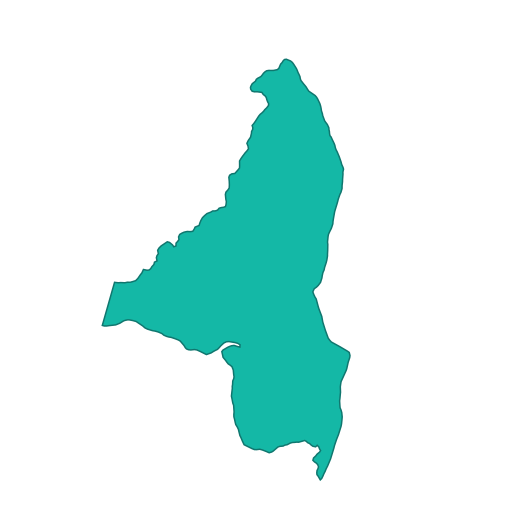 the district of Nova Ipixuna, Pará, Brazil, rotated 196°
{"feature_id": "56859067B5026281924573", "entity_name": "Nova Ipixuna", "entity_type": "district", "adm_level": 2, "iso_a3": "BRA", "parent_name": "Brazil", "parent_adm1": "Pará", "projection": "mercator", "projection_center": [-49.227, -5.013], "detail": "fine", "context": "isolated", "style": "filled", "palette": "teal", "viewbox_px": 512, "rotation_deg": 196, "n_neighbors": 0, "source": "geoboundaries", "source_scale": "gbopen_adm2", "svg_char_len": 4882}
<svg xmlns="http://www.w3.org/2000/svg" viewBox="0 0 512 512"><g transform="rotate(196 256 256)"><path d="M195.8,363.6L196.8,365.2L198.9,367.7L200.2,369.9L203.3,374.3L206.6,378.4L208.4,380.3L209.6,382.0L210.7,384.1L211.9,385.7L215.1,389.3L216.6,391.1L218.1,392.1L219.1,394.1L219.8,396.0L220.7,397.6L221.3,399.3L223.7,402.1L225.7,403.6L227.3,404.9L228.6,406.7L230.6,409.4L231.4,411.1L233.1,413.6L234.2,416.0L235.2,417.9L236.7,420.2L240.1,424.0L241.5,425.3L243.3,426.5L245.6,427.3L250.7,429.0L252.6,430.6L254.4,432.3L256.1,433.5L257.9,434.7L259.5,435.9L261.3,437.2L262.4,438.9L263.2,440.6L264.8,442.5L266.2,444.0L267.6,445.9L268.9,447.4L272.6,450.7L274.4,452.1L276.5,453.0L281.1,453.5L282.8,452.7L283.7,451.1L284.2,449.2L285.2,447.3L285.5,445.0L285.8,442.7L286.9,441.0L290.3,439.2L293.0,438.4L294.9,437.9L296.8,437.0L298.0,435.7L299.2,433.7L299.9,431.7L300.7,429.9L302.0,428.6L303.3,427.4L304.4,425.9L304.7,423.9L307.1,420.6L307.6,418.5L307.8,416.6L307.1,414.9L305.1,413.3L302.7,413.4L300.1,414.2L295.5,414.9L293.6,413.3L291.0,412.2L289.7,411.0L288.8,409.4L287.3,407.4L285.9,406.0L285.5,404.1L286.6,401.3L287.9,399.1L288.6,397.2L289.8,395.1L291.0,393.4L291.9,391.4L293.6,385.7L294.7,382.5L295.7,380.4L294.4,378.4L294.1,376.6L294.6,374.6L294.2,372.8L294.0,368.7L295.3,364.8L295.8,361.8L294.0,359.5L292.8,357.0L293.7,354.5L294.9,352.1L295.7,349.9L296.4,348.2L297.3,345.5L298.0,342.8L296.6,338.1L296.1,336.0L296.8,334.3L299.1,329.5L301.9,328.3L303.6,326.4L303.8,324.2L302.3,320.4L301.2,317.0L300.5,314.0L301.2,311.8L302.5,309.1L302.4,306.7L300.7,302.4L299.5,300.1L299.0,297.3L299.0,295.1L300.6,293.9L302.7,293.0L304.6,291.8L305.6,289.5L307.6,288.1L310.0,287.4L311.7,285.6L314.8,283.3L316.6,280.6L318.0,278.1L318.8,274.8L319.1,271.9L319.1,269.7L320.7,268.4L322.5,267.0L322.8,264.8L323.6,262.3L325.9,261.3L328.9,260.6L331.7,259.1L333.7,257.4L335.3,255.7L335.7,253.0L334.6,250.6L335.4,248.3L336.4,246.3L335.7,243.6L337.6,242.2L339.2,243.6L342.8,245.2L345.2,245.2L350.0,239.5L351.4,237.0L352.1,234.4L350.5,231.3L351.3,228.9L351.3,226.9L349.8,224.0L351.9,222.1L351.8,219.7L353.1,217.1L353.8,214.6L355.0,213.0L356.8,212.3L360.5,212.0L361.0,208.4L362.0,206.0L363.4,201.8L364.9,199.1L367.5,197.4L369.6,196.1L372.5,195.3L374.7,194.1L378.6,193.2L381.0,192.3L384.7,191.7L384.6,146.9L382.6,146.9L380.2,147.6L378.0,148.6L371.9,151.1L368.4,153.8L365.3,157.2L363.8,158.2L361.7,159.3L360.0,159.7L356.4,160.0L353.1,160.0L350.4,159.1L345.7,157.6L343.0,156.3L340.2,155.8L335.1,155.7L332.3,156.0L328.9,156.0L325.0,155.5L322.8,154.5L319.8,154.1L317.5,154.1L315.1,154.4L311.1,154.2L307.5,153.9L305.3,153.3L300.5,150.1L298.7,148.4L297.2,147.5L295.1,147.3L292.8,147.7L289.4,149.1L287.0,149.4L283.5,148.9L276.5,147.6L272.4,150.5L270.8,152.3L269.1,154.0L267.3,155.6L266.3,157.4L265.0,160.1L262.9,163.5L260.8,165.4L258.4,166.3L252.4,167.0L249.5,167.0L246.9,166.3L246.4,164.0L249.1,163.9L252.5,164.0L254.9,162.9L256.3,161.9L258.0,160.5L261.8,156.5L262.5,154.7L259.7,149.5L256.5,147.3L254.9,146.0L252.9,144.6L250.9,144.0L248.6,143.0L246.4,140.1L244.9,136.2L243.8,133.8L243.6,131.9L243.9,129.4L243.1,126.1L242.9,124.1L242.3,122.3L241.0,114.5L239.8,112.3L237.8,108.3L236.3,106.2L234.1,100.1L233.6,97.5L232.9,95.3L231.7,93.3L230.1,90.3L229.0,88.4L227.0,86.6L225.2,84.6L222.0,79.0L220.6,77.5L218.2,74.5L215.4,71.3L206.5,69.7L204.1,69.5L202.2,70.0L199.1,71.3L196.2,71.3L192.1,70.9L189.1,70.5L186.9,71.9L185.7,73.2L182.3,78.4L180.8,79.5L177.5,80.8L176.2,82.1L174.0,83.2L171.4,85.7L169.5,86.8L167.2,87.6L165.6,88.3L163.6,88.8L158.3,92.1L156.6,91.7L154.9,90.8L152.8,90.5L150.9,89.5L148.9,88.8L146.1,89.0L145.0,90.9L142.9,89.7L141.7,88.0L140.3,86.8L140.8,85.1L142.7,82.3L143.4,80.4L145.0,77.7L145.0,75.3L143.0,74.2L141.1,73.6L139.2,72.5L137.8,70.6L137.8,68.7L138.2,66.6L137.8,64.3L137.1,62.6L135.6,61.5L132.5,58.5L131.5,60.2L131.0,63.0L130.7,65.6L130.2,67.9L129.9,70.8L129.3,73.9L128.4,81.5L128.2,92.6L128.3,95.5L128.0,102.0L127.5,107.1L127.3,115.6L127.5,118.1L128.2,122.1L128.8,125.1L130.4,129.1L131.9,131.5L133.3,133.2L134.0,135.0L135.7,139.8L136.1,142.4L136.7,145.5L137.2,148.3L138.9,153.5L139.3,156.2L139.6,158.7L137.8,170.7L137.7,172.6L138.1,179.4L137.9,184.0L138.2,186.2L139.8,189.0L142.1,189.8L150.2,191.9L156.8,193.4L159.9,194.1L162.0,195.4L164.0,197.0L166.6,200.6L168.8,203.6L173.6,210.9L176.1,216.0L181.0,222.6L182.3,224.6L185.4,229.8L186.3,231.3L188.1,232.9L189.9,235.0L191.5,237.2L191.0,240.6L189.3,242.7L188.1,244.8L186.7,248.4L186.6,253.1L186.9,255.3L187.1,258.5L186.7,261.4L186.9,263.8L186.7,269.0L186.8,271.7L187.3,275.8L187.8,277.5L188.6,281.0L190.2,287.0L191.1,289.1L192.1,294.6L192.3,296.8L191.9,299.6L191.2,303.2L191.1,305.2L191.0,308.1L191.5,310.4L191.9,313.6L192.6,320.2L192.6,322.1L192.5,328.3L192.5,330.9L192.6,333.3L192.3,338.4L191.9,340.6L191.9,344.6L192.7,347.5L193.3,351.2L193.9,353.5L194.6,356.9L195.0,358.8L195.6,360.6L195.8,363.6Z" fill="#14b8a6" stroke="#0f766e" stroke-width="1.5"/></g></svg>